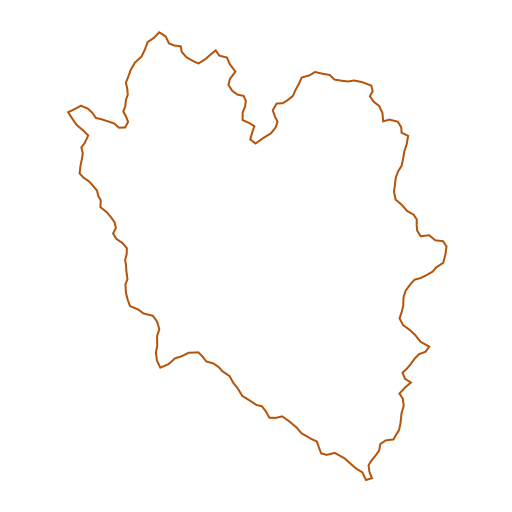 Miraí, Minas Gerais, Brazil, rotated 271°
{"feature_id": "56859067B88610253511100", "entity_name": "Miraí", "entity_type": "district", "adm_level": 2, "iso_a3": "BRA", "parent_name": "Brazil", "parent_adm1": "Minas Gerais", "projection": "orthographic", "projection_center": [-42.611, -21.144], "detail": "fine", "context": "isolated", "style": "outline", "palette": "amber", "viewbox_px": 512, "rotation_deg": 271, "n_neighbors": 0, "source": "geoboundaries", "source_scale": "gbopen_adm2", "svg_char_len": 2920}
<svg xmlns="http://www.w3.org/2000/svg" viewBox="0 0 512 512"><g transform="rotate(271 256 256)"><path d="M279.8,428.7L278.6,420.3L284.2,416.7L289.8,416.1L295.4,416.1L300.1,412.9L303.7,406.2L309.2,401.4L314.9,394.6L323.0,392.8L328.9,393.6L336.4,394.3L342.7,396.4L348.9,400.1L356.5,401.5L362.8,402.4L370.7,404.8L378.8,406.0L381.8,399.4L387.2,399.0L392.7,395.5L394.7,387.1L392.9,380.8L401.3,379.9L408.1,376.6L412.3,371.0L417.8,367.1L422.8,369.8L428.4,368.3L431.8,358.7L433.2,351.0L432.1,345.2L432.6,339.6L433.8,331.2L438.3,326.6L439.3,319.8L441.0,311.7L437.7,306.6L435.2,298.6L428.7,295.8L422.7,292.6L416.8,290.2L412.3,284.8L409.2,280.0L408.8,274.0L402.0,270.2L395.9,272.5L390.6,275.2L384.9,273.4L378.8,268.7L374.1,261.2L368.5,253.6L372.4,248.2L379.6,250.1L385.8,252.1L388.9,246.9L391.7,240.2L399.4,240.2L405.3,242.5L410.9,243.1L415.9,240.8L417.0,234.7L420.7,229.4L426.5,225.5L432.5,226.8L440.0,232.2L447.3,226.5L453.9,223.5L455.7,215.8L460.9,212.1L457.1,207.6L452.0,202.0L447.5,195.1L449.7,190.0L453.4,183.1L458.7,178.2L464.3,177.1L465.1,170.3L467.1,165.2L473.9,161.9L478.0,155.3L472.4,150.2L468.0,143.9L460.9,141.5L453.6,138.2L447.3,131.6L440.0,127.5L432.5,125.0L427.2,122.9L421.3,124.3L415.1,125.0L409.8,123.2L403.2,122.7L398.2,120.8L393.0,123.7L387.8,125.8L382.2,122.9L381.9,116.6L385.9,112.2L388.0,105.8L390.0,99.2L391.2,93.5L396.2,90.0L400.5,85.1L403.2,78.4L399.3,71.4L396.5,65.7L391.8,68.7L383.9,74.4L378.6,80.9L373.6,86.1L366.1,82.8L361.5,79.5L355.7,81.0L350.2,80.3L343.1,78.9L335.4,78.2L331.1,82.4L327.6,87.9L323.3,91.8L318.5,96.0L313.5,97.1L309.1,99.8L302.1,99.6L296.8,106.5L291.5,110.9L287.1,114.1L281.4,115.4L276.1,112.7L270.8,116.0L266.3,122.7L261.6,126.7L256.0,126.7L249.6,125.2L244.5,126.2L238.4,126.7L230.6,127.9L225.3,125.9L216.4,126.7L209.6,128.6L203.7,130.9L200.5,139.1L196.6,144.5L194.4,154.0L188.7,158.2L181.2,160.6L174.2,158.5L164.8,158.8L157.5,157.6L149.7,158.8L142.7,162.3L146.3,170.3L152.4,177.0L154.4,183.3L158.1,190.3L158.6,200.1L154.5,204.3L149.7,208.2L147.7,215.6L144.1,220.8L140.2,224.4L135.5,231.6L128.5,235.7L123.5,239.9L115.9,244.7L111.1,252.7L107.0,259.1L105.9,264.5L100.8,268.6L94.5,272.2L94.5,278.8L96.1,284.9L91.5,291.8L85.3,299.5L79.6,304.5L76.7,309.8L73.9,314.8L71.6,320.1L65.7,322.2L59.8,324.6L58.4,330.1L60.5,338.1L55.2,348.2L49.6,354.6L45.1,360.0L41.5,366.2L34.0,369.8L35.9,375.8L42.4,373.1L48.7,372.2L53.5,375.0L58.5,379.0L63.5,382.4L70.2,383.6L73.9,388.9L75.0,396.7L79.7,399.2L84.5,402.1L91.4,403.4L101.0,404.2L109.0,406.3L115.8,405.3L121.0,401.8L127.2,407.4L132.2,413.1L135.8,407.2L141.8,404.5L146.1,408.9L150.6,412.6L155.9,416.2L160.7,420.7L163.2,427.2L168.4,430.8L173.0,422.1L179.6,416.7L184.9,410.8L189.4,404.3L196.1,400.6L203.8,403.0L209.2,404.1L217.3,404.2L223.9,406.2L230.4,410.8L235.1,415.0L236.7,420.6L239.9,426.9L243.5,432.9L247.9,436.5L252.4,443.3L261.1,445.4L268.9,446.3L274.1,442.7L274.8,435.0L279.8,428.7Z" fill="none" stroke="#b45309" stroke-width="2"/></g></svg>